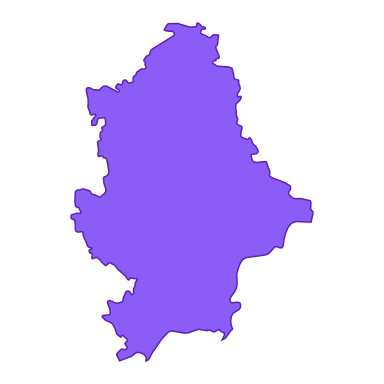 SVG path tracing the border of Donets'k
{"feature_id": "UKR-327", "entity_name": "Donets'k", "entity_type": "Region", "adm_level": 1, "iso_a3": "UKR", "parent_name": "Ukraine", "parent_adm1": "", "projection": "mercator", "projection_center": [37.457, 48.054], "detail": "fine", "context": "isolated", "style": "filled", "palette": "violet", "viewbox_px": 384, "rotation_deg": 0, "n_neighbors": 0, "source": "natural_earth", "source_scale": "10m", "svg_char_len": 5884}
<svg xmlns="http://www.w3.org/2000/svg" viewBox="0 0 384 384"><path d="M311.1,222.1L295.9,221.5L291.4,223.3L288.1,227.4L285.7,232.9L284.0,239.5L283.2,245.4L282.2,247.7L280.1,247.9L276.8,246.6L275.3,246.8L273.5,248.2L269.9,252.3L268.1,253.8L265.7,254.9L245.6,257.7L242.4,259.9L239.9,264.0L238.1,268.9L236.7,273.9L237.1,284.0L236.5,288.0L234.2,292.4L231.3,296.3L230.1,298.8L229.9,301.1L231.1,302.5L232.9,302.8L236.5,302.2L238.2,302.4L239.8,303.0L240.6,304.6L240.4,307.4L239.1,309.5L233.1,313.2L231.3,316.4L230.7,320.6L231.1,325.1L232.6,329.0L230.6,330.9L225.4,338.2L222.2,339.8L224.3,335.3L224.3,333.0L221.8,332.0L218.7,329.5L214.3,332.0L210.6,330.6L208.2,330.0L207.0,330.7L198.5,329.2L188.2,332.9L184.0,333.1L171.6,330.8L168.3,332.0L162.2,338.4L152.2,352.8L149.7,357.7L148.1,360.0L146.0,361.0L146.4,357.4L144.3,354.7L140.9,352.9L137.7,352.3L135.9,352.8L131.5,356.3L119.6,360.8L116.9,355.5L116.7,354.5L116.9,353.8L117.8,352.5L121.4,349.2L122.4,349.0L124.7,349.8L126.9,348.3L127.0,347.7L126.9,346.9L124.9,343.5L126.1,341.9L127.4,340.6L127.5,340.1L127.3,339.5L122.7,335.4L122.1,335.5L121.0,337.1L120.7,337.2L117.0,334.3L116.2,332.7L115.1,328.6L114.3,327.0L112.4,323.8L110.3,322.4L105.3,320.1L103.0,317.8L102.4,317.1L102.2,316.2L103.0,315.5L108.5,314.9L109.4,314.6L110.1,314.1L110.3,313.1L109.8,308.5L107.7,303.5L107.6,302.1L108.2,301.0L109.9,300.5L110.9,301.3L112.8,301.5L113.8,302.5L114.9,302.8L116.7,303.1L118.7,303.0L122.2,301.8L122.9,301.1L123.1,300.1L123.1,298.6L123.3,297.5L124.6,295.1L125.6,292.3L126.2,291.6L126.9,291.1L128.0,291.0L129.4,291.5L130.3,292.5L131.6,294.7L133.4,293.7L133.7,293.4L133.7,292.9L133.4,290.5L133.6,288.8L135.0,285.8L135.1,283.9L135.3,282.9L136.8,280.2L137.1,279.2L137.0,278.8L136.2,278.6L134.6,278.7L130.5,278.0L129.7,278.4L129.2,279.7L128.8,279.9L128.3,279.8L127.7,279.3L125.5,276.0L118.0,269.5L115.5,266.2L114.8,265.4L110.6,262.9L109.3,262.8L105.7,265.7L103.0,263.5L99.3,259.3L96.6,257.2L93.6,258.5L92.7,258.7L92.2,258.5L91.9,258.0L91.8,257.0L92.3,254.4L92.2,253.9L91.9,253.5L89.8,252.9L89.2,251.7L89.1,250.5L89.8,249.7L91.8,248.8L91.9,248.4L91.7,248.0L88.7,247.1L87.5,245.8L86.2,242.2L83.5,236.3L83.2,235.4L82.9,232.4L82.7,231.9L82.4,231.7L81.7,231.7L78.2,232.1L76.1,231.4L75.4,229.8L75.3,223.9L74.7,220.6L73.8,219.6L71.6,218.8L71.0,217.7L71.1,216.0L71.3,215.2L72.0,214.5L73.6,214.4L76.1,213.3L79.3,213.3L80.9,212.8L80.8,212.1L78.9,207.8L78.0,207.3L76.3,207.0L75.4,205.8L75.4,204.2L74.9,201.6L75.2,193.3L75.4,192.0L76.1,190.7L77.4,190.0L79.6,189.9L82.8,189.0L83.9,189.0L89.5,190.8L90.5,191.8L90.9,193.2L92.0,194.1L95.7,195.2L99.1,196.9L99.6,197.0L100.5,196.7L104.1,193.9L105.7,191.9L105.8,190.3L105.6,188.3L104.1,183.7L103.5,179.8L103.5,178.5L103.7,177.6L104.4,176.8L105.4,176.6L106.9,175.7L108.2,174.3L109.0,172.7L107.7,163.7L107.2,161.9L106.8,158.9L106.0,158.2L103.4,157.7L103.0,156.5L102.4,155.9L101.4,155.8L99.1,156.5L98.7,156.4L98.1,155.8L97.9,154.8L98.6,150.2L97.6,142.2L98.2,141.3L100.5,140.2L101.3,139.2L101.2,138.8L100.1,137.5L100.2,133.1L100.8,132.1L102.2,131.2L102.4,130.7L101.8,127.8L102.0,127.3L104.6,125.9L105.3,125.3L105.5,124.7L105.5,121.0L105.2,119.0L104.8,118.2L104.4,117.9L103.3,117.7L98.6,118.3L98.1,118.7L97.7,119.7L96.8,123.6L96.3,124.6L95.5,125.1L92.5,125.5L91.9,125.2L91.7,124.0L91.7,121.2L91.9,120.4L93.2,119.3L94.2,117.3L95.8,115.9L95.8,115.0L95.2,114.4L94.7,114.4L91.3,115.0L90.9,114.9L90.3,114.3L89.6,111.4L88.2,108.0L88.0,106.4L88.2,102.4L88.1,98.6L86.6,92.2L86.2,89.4L86.9,88.2L87.4,87.9L89.0,87.7L90.1,88.0L93.0,89.5L94.2,89.8L98.7,90.1L99.2,90.0L102.6,86.8L104.0,86.2L105.5,86.0L106.7,86.2L115.9,90.9L117.3,92.0L118.2,92.1L119.1,91.4L119.2,90.3L118.5,89.6L116.5,88.6L116.0,88.1L115.8,87.4L116.0,86.4L117.2,84.6L117.7,84.1L118.3,83.9L120.5,84.7L121.5,84.7L122.0,84.4L122.3,84.0L122.7,82.0L123.1,80.9L124.0,80.1L124.5,80.0L126.0,80.2L127.9,82.4L128.8,82.9L130.1,83.0L132.9,82.0L133.3,81.6L133.0,78.5L133.3,77.2L133.8,76.4L135.5,75.5L136.8,72.4L137.1,71.9L141.4,69.0L144.1,69.0L145.2,68.6L146.1,67.7L146.0,66.7L145.0,64.6L145.3,62.3L143.9,60.9L143.9,59.9L146.1,56.6L146.6,56.1L148.9,55.2L149.4,54.7L149.7,54.1L150.2,51.9L151.4,49.8L151.8,49.3L173.6,35.8L174.4,35.0L174.7,34.4L174.5,34.0L173.2,32.0L172.5,31.3L170.0,31.3L166.3,30.9L164.3,30.0L164.2,29.7L167.3,24.6L168.4,23.7L177.6,23.5L189.9,27.1L194.3,26.9L195.9,26.6L196.6,25.6L197.2,23.0L198.3,23.2L200.3,24.6L201.7,26.5L204.5,27.1L205.4,27.8L205.5,28.6L205.2,29.0L202.0,29.3L201.4,30.0L200.6,32.3L200.6,33.0L200.9,33.5L201.8,34.1L205.9,35.8L209.0,37.7L210.4,37.4L213.3,34.8L218.2,35.0L218.6,35.3L218.5,36.1L217.9,39.9L217.7,43.7L217.3,44.8L215.7,46.7L215.9,47.9L216.5,49.7L219.2,56.4L219.2,57.2L218.9,58.1L218.5,58.4L216.1,58.8L215.7,60.6L213.7,60.8L213.3,61.1L212.8,62.1L212.6,63.2L212.8,63.7L214.5,64.2L216.1,65.6L217.3,66.2L228.2,66.9L231.9,68.1L233.7,74.5L233.9,78.2L235.1,79.3L238.2,80.0L238.6,80.4L238.8,81.0L238.6,83.5L239.8,86.0L240.2,88.6L239.6,90.4L237.6,93.6L237.4,94.7L237.3,95.9L237.6,96.7L240.5,96.3L240.9,96.5L241.2,97.0L241.1,97.9L240.6,99.1L239.0,101.1L236.3,103.7L235.7,105.4L235.9,109.6L236.4,112.2L236.1,114.4L237.7,119.0L237.7,119.8L236.9,122.1L236.7,123.2L237.4,124.4L238.4,125.1L241.1,126.0L241.9,126.7L242.0,128.1L241.1,131.6L240.7,134.5L240.8,135.6L241.5,136.9L242.8,137.9L245.4,138.6L247.3,139.5L248.2,139.2L249.5,137.8L250.1,138.0L250.7,138.7L251.8,140.6L252.6,143.4L253.6,144.5L255.6,146.2L256.5,147.5L257.9,150.2L258.1,150.9L258.0,151.7L257.6,152.6L257.0,153.3L256.2,153.7L251.8,154.4L251.1,155.0L251.1,156.0L252.4,160.6L253.2,161.6L256.0,162.5L265.6,161.6L266.1,161.7L267.0,163.4L268.2,167.6L270.0,171.9L269.4,175.3L269.7,175.9L270.2,176.5L272.2,177.8L284.3,182.4L289.8,185.6L290.5,186.8L290.6,188.1L290.3,189.5L288.9,191.8L288.5,193.5L289.9,195.5L292.3,197.6L294.4,198.7L301.3,198.6L310.2,200.7L310.6,201.5L310.9,202.8L310.6,208.8L311.5,210.4L312.8,211.4L313.0,213.4L311.1,222.1Z" fill="#8b5cf6" stroke="#5b21b6" stroke-width="1.5"/></svg>